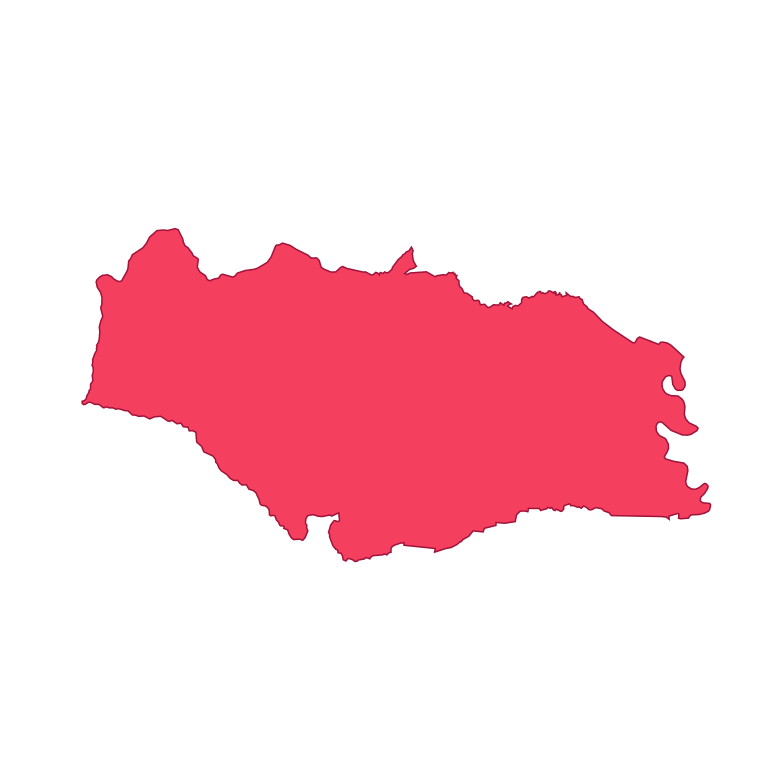 outline of San Pedro, Valle del Cauca, Colombia, rotated 166°
{"feature_id": "7082276B32366816455434", "entity_name": "San Pedro", "entity_type": "district", "adm_level": 2, "iso_a3": "COL", "parent_name": "Colombia", "parent_adm1": "Valle del Cauca", "projection": "orthographic", "projection_center": [-76.202, 3.977], "detail": "fine", "context": "isolated", "style": "filled", "palette": "rose", "viewbox_px": 768, "rotation_deg": 166, "n_neighbors": 0, "source": "geoboundaries", "source_scale": "gbopen_adm2", "svg_char_len": 6140}
<svg xmlns="http://www.w3.org/2000/svg" viewBox="0 0 768 768"><g transform="rotate(166 384 384)"><path d="M681.2,440.2L681.5,437.9L680.4,436.7L678.6,436.5L675.5,437.8L673.1,437.2L669.6,434.2L665.4,433.1L662.3,429.0L661.0,428.6L659.2,429.1L656.3,427.3L652.9,426.5L650.3,424.4L647.5,424.3L642.0,420.9L638.9,419.9L635.8,414.9L632.2,413.7L630.1,412.0L624.6,411.0L619.7,406.8L614.8,407.7L608.3,406.6L602.7,400.4L601.2,399.7L598.4,399.9L594.5,395.5L590.5,395.1L589.1,391.1L584.5,389.4L584.3,385.6L581.2,385.1L578.2,382.7L579.8,373.0L576.1,367.6L575.2,361.7L567.4,355.5L565.7,351.6L566.2,348.9L565.1,347.0L564.3,342.1L562.9,339.1L558.2,333.9L556.1,329.6L553.2,326.8L549.2,325.8L548.1,322.8L546.2,320.3L542.0,319.6L540.5,314.6L536.7,312.3L534.6,309.5L533.2,302.3L533.2,297.5L532.1,295.9L528.7,294.5L526.8,292.3L525.9,289.5L526.8,284.7L525.7,283.5L523.1,283.3L521.8,282.6L521.3,278.1L519.8,275.6L519.3,272.2L518.6,271.4L515.9,270.6L515.6,269.2L516.2,268.1L512.8,265.8L512.4,261.1L511.0,256.8L509.3,254.9L503.5,253.9L500.7,252.0L497.8,253.9L493.5,259.8L493.8,263.6L493.0,265.7L493.8,267.1L493.6,269.0L492.3,272.3L490.3,274.4L487.9,274.8L484.0,274.2L480.2,271.8L476.1,270.3L468.4,270.0L466.7,268.5L459.1,270.0L460.2,262.2L461.9,261.6L464.8,263.4L466.1,263.2L469.9,260.0L473.8,253.2L473.1,251.6L473.8,249.0L472.7,239.4L470.7,235.2L469.2,234.2L469.4,231.3L466.7,230.2L465.9,227.4L466.1,223.3L463.8,221.5L461.8,223.0L460.3,223.2L457.0,221.1L455.2,218.8L452.7,218.6L451.7,219.4L445.4,219.0L443.3,219.9L440.0,217.8L439.0,219.1L436.3,220.1L427.0,218.6L424.7,218.9L422.5,217.5L420.1,219.1L417.9,219.0L417.1,222.5L415.5,224.2L412.7,225.1L406.5,225.6L403.1,225.1L403.6,222.7L374.1,212.0L375.6,208.6L364.1,209.4L358.4,209.1L352.0,210.6L348.8,212.3L347.3,212.3L345.0,214.0L338.5,215.8L333.1,219.9L323.6,216.5L321.5,219.7L309.6,219.7L308.8,222.5L300.5,219.7L290.0,218.7L287.1,224.9L285.0,226.3L282.6,227.6L279.1,227.0L275.3,225.3L273.9,228.3L263.3,225.6L262.7,223.4L256.2,223.6L255.0,224.7L252.8,223.2L251.3,223.6L249.9,220.6L248.6,219.8L247.3,220.9L243.2,217.6L242.1,217.6L240.0,219.0L239.2,221.7L238.3,222.4L232.9,222.9L232.2,220.7L229.7,220.2L225.9,217.5L224.9,217.9L222.7,215.7L219.7,217.3L217.1,214.9L215.6,212.5L214.4,212.0L212.7,211.8L208.4,212.8L202.9,210.3L201.2,207.6L196.8,204.7L195.2,201.3L147.0,188.3L142.4,186.6L140.0,183.7L139.6,186.9L130.3,187.3L129.3,186.6L130.7,182.4L128.5,181.4L121.0,180.2L118.9,182.2L117.5,182.7L110.3,181.2L104.5,181.1L100.2,182.0L98.7,183.1L97.0,186.0L96.3,187.6L96.8,189.3L103.4,191.6L105.0,193.3L105.2,194.8L104.1,197.5L99.4,200.3L95.3,204.3L94.4,205.9L94.5,207.3L95.7,209.3L97.2,210.0L103.1,207.3L107.0,206.5L111.0,207.7L114.1,210.8L115.0,213.4L114.9,216.3L110.1,226.5L109.7,230.7L112.1,234.7L121.8,239.0L129.1,243.3L129.4,245.9L126.1,249.1L123.5,252.7L122.7,256.8L123.8,262.0L124.6,263.4L128.7,266.9L129.9,268.7L131.1,272.4L130.3,277.1L129.3,278.7L127.8,280.0L125.7,280.6L123.4,279.5L116.6,269.5L106.9,262.4L101.6,260.9L98.2,260.9L91.5,263.1L89.9,265.2L91.2,267.4L97.6,272.7L99.8,277.6L99.9,282.2L97.4,289.5L97.5,294.7L98.4,297.1L101.5,301.1L108.6,303.4L112.0,305.9L113.6,308.1L114.8,312.3L114.3,316.7L113.2,319.1L109.3,322.8L106.2,323.4L103.7,322.6L103.0,321.3L103.9,313.6L102.4,308.4L100.7,306.8L96.7,305.9L95.1,306.3L92.2,309.5L91.4,313.4L93.4,322.5L93.1,327.3L90.7,333.2L88.6,336.0L86.5,337.6L95.9,351.9L99.0,355.1L102.8,357.0L105.5,357.6L107.9,356.0L124.6,367.8L127.2,366.9L130.0,363.8L131.8,363.4L133.4,364.7L148.4,381.1L156.9,391.7L163.4,403.0L168.1,408.0L168.2,409.6L171.0,413.4L171.3,418.0L173.1,419.5L173.6,421.4L177.5,421.7L179.6,423.4L181.6,423.7L185.2,428.4L185.5,425.7L190.3,425.7L190.3,427.6L191.8,428.9L191.3,429.7L191.7,430.0L192.9,428.5L195.7,428.8L195.8,430.3L194.9,430.5L195.7,432.3L196.6,432.3L197.5,431.2L199.6,433.6L201.5,434.5L203.9,432.9L206.6,432.9L207.7,434.1L208.7,433.8L209.8,434.4L209.6,435.8L210.5,436.2L212.3,435.5L212.8,435.9L217.9,432.3L219.0,433.2L222.5,432.3L224.7,434.2L228.3,434.4L229.9,432.9L231.0,429.4L235.4,427.3L237.5,428.5L240.1,428.0L241.5,426.0L245.1,429.5L243.1,430.9L241.1,430.9L244.0,433.9L246.0,432.9L247.5,433.3L248.6,431.4L251.5,434.7L253.6,432.8L258.6,434.4L263.0,432.8L265.0,433.3L266.9,436.9L271.3,437.7L271.7,441.8L272.7,442.6L276.0,442.8L277.5,445.0L277.3,447.2L281.5,452.0L284.2,452.9L285.3,457.9L286.8,460.1L287.1,462.6L286.3,466.1L288.5,469.2L287.0,471.7L288.6,472.1L288.5,474.1L289.8,474.5L289.9,475.6L292.2,475.5L294.1,476.5L297.4,474.6L300.0,475.7L306.4,476.3L308.5,475.7L315.7,482.6L331.8,485.4L335.7,484.8L337.2,486.2L331.6,488.9L327.3,489.1L324.1,490.4L325.6,495.7L325.6,498.6L325.0,503.6L323.5,506.4L324.3,510.2L327.5,507.2L330.6,506.7L332.3,505.3L334.3,504.9L335.9,503.4L340.1,501.3L347.6,495.1L348.4,493.5L352.4,491.3L354.8,491.3L356.2,492.6L358.2,491.5L360.4,493.0L361.4,492.5L362.1,491.0L363.6,493.5L365.1,494.3L368.3,492.6L369.8,492.8L374.8,497.2L377.2,497.7L392.1,505.1L395.6,508.0L397.9,507.6L403.6,504.4L408.3,505.4L414.4,509.9L416.7,512.5L417.0,519.4L418.2,521.9L419.2,522.8L423.2,523.5L424.5,524.3L426.6,527.4L436.5,535.8L441.7,541.3L448.5,545.3L451.8,544.2L454.5,544.8L455.7,544.3L462.9,534.4L468.0,530.2L478.7,527.0L481.9,526.7L491.2,527.7L499.4,527.1L502.5,524.8L505.0,524.4L513.9,529.5L514.9,529.5L516.3,529.1L518.9,526.7L522.8,527.0L528.3,526.4L530.2,528.1L531.0,532.3L535.4,537.1L536.1,539.0L536.9,542.6L534.1,549.6L534.3,550.7L538.2,554.8L538.5,557.2L541.1,563.4L543.7,566.5L544.3,569.9L544.2,573.5L546.4,583.5L549.1,585.3L556.8,585.3L560.7,586.8L567.2,587.8L575.8,583.3L580.4,578.1L584.8,574.6L596.9,570.3L599.5,566.9L602.0,565.1L604.4,558.2L605.9,555.8L613.6,547.6L615.5,547.3L618.0,548.5L620.9,551.4L622.4,554.1L625.9,556.9L631.1,557.5L634.2,556.5L637.5,554.4L638.6,552.7L638.8,547.1L636.9,541.7L636.7,536.1L638.7,529.0L640.0,527.5L640.5,525.5L640.5,517.7L643.7,513.4L646.5,508.1L647.1,503.5L649.5,496.4L650.9,493.7L653.6,490.9L653.4,489.5L654.5,488.1L654.5,486.3L657.2,483.5L660.9,478.0L661.4,475.3L662.8,472.7L662.2,470.7L663.1,466.2L665.1,462.8L665.5,458.5L666.3,456.9L668.8,454.8L669.9,450.3L671.7,449.0L672.6,447.0L675.0,444.7L676.7,441.5L678.8,440.4L681.2,440.2Z" fill="#f43f5e" stroke="#9f1239" stroke-width="1.5"/></g></svg>